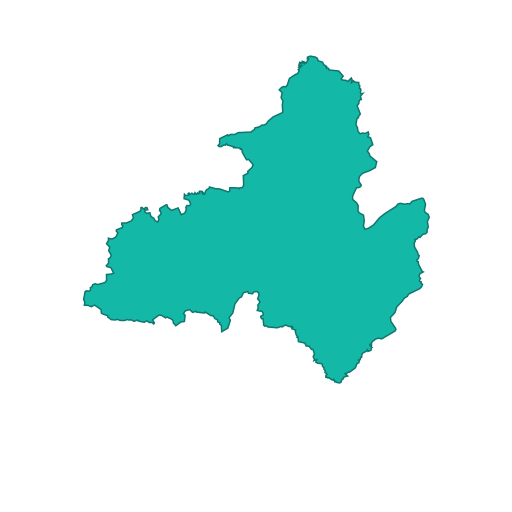 Kyaukme, Shan, Myanmar, rotated 242°
{"feature_id": "60261553B11251200769941", "entity_name": "Kyaukme", "entity_type": "district", "adm_level": 2, "iso_a3": "MMR", "parent_name": "Myanmar", "parent_adm1": "Shan", "projection": "natural_earth1", "projection_center": [97.145, 22.817], "detail": "fine", "context": "isolated", "style": "filled", "palette": "teal", "viewbox_px": 512, "rotation_deg": 242, "n_neighbors": 0, "source": "geoboundaries", "source_scale": "gbopen_adm2", "svg_char_len": 6151}
<svg xmlns="http://www.w3.org/2000/svg" viewBox="0 0 512 512"><g transform="rotate(242 256 256)"><path d="M293.1,81.3L291.3,84.5L288.5,86.8L288.5,90.4L281.4,94.1L278.5,92.7L277.3,93.0L272.9,97.0L271.6,96.5L267.8,98.3L265.5,101.8L265.3,103.7L262.9,105.8L260.9,109.3L260.2,112.8L258.8,114.1L258.4,115.7L255.6,117.7L255.1,121.3L253.8,121.6L249.9,126.3L250.2,129.0L247.3,130.6L246.5,132.6L244.0,133.8L244.7,134.9L248.2,134.7L249.4,142.6L247.7,144.9L243.8,147.1L244.0,148.6L240.3,151.5L238.2,152.5L235.8,151.6L232.1,152.4L233.0,158.6L231.8,162.0L236.9,165.6L239.0,165.0L240.6,167.0L240.5,169.5L239.6,172.4L236.0,173.5L235.4,176.9L234.4,177.1L229.8,183.8L230.4,184.9L224.8,188.0L223.0,190.3L220.0,190.3L217.8,192.0L215.7,191.3L214.1,192.8L213.1,192.0L211.0,192.8L205.3,190.2L205.5,197.2L211.2,203.1L214.2,203.3L216.6,208.8L223.6,214.9L226.8,221.5L226.7,224.0L229.5,227.6L228.5,232.0L226.6,231.9L224.3,235.2L225.3,237.1L224.3,240.1L221.9,241.0L219.8,240.0L217.4,237.3L213.6,238.0L211.7,234.5L209.4,233.7L207.3,231.5L204.2,235.3L202.2,235.5L200.5,234.6L200.6,232.0L199.5,231.4L197.9,231.6L197.2,232.8L191.3,230.3L189.9,230.8L189.8,232.2L187.8,233.1L182.6,241.1L182.1,244.9L181.1,245.7L181.3,249.5L178.0,252.3L177.2,254.6L175.9,255.0L176.0,253.6L174.7,253.6L172.0,256.3L171.1,255.3L167.4,254.5L165.4,255.0L165.1,254.0L164.2,254.8L160.5,253.3L156.2,258.2L152.9,258.1L151.5,260.4L147.4,261.2L146.8,262.4L142.2,261.7L140.2,259.2L137.1,259.0L136.4,258.1L136.0,261.0L134.2,259.0L132.4,260.1L129.9,263.7L127.3,263.0L125.3,263.6L124.3,262.9L121.7,263.3L120.9,262.2L118.4,263.3L117.8,261.7L116.1,260.7L115.3,262.1L114.4,262.3L114.3,263.4L111.3,264.6L110.3,265.8L110.7,266.6L107.7,266.6L107.9,267.5L106.6,267.8L104.7,270.1L104.6,271.7L106.7,274.0L106.5,275.2L107.9,276.9L107.0,280.6L110.9,279.1L109.6,280.5L110.2,282.8L109.5,284.1L110.6,291.2L113.7,294.8L113.4,296.5L115.1,298.3L115.9,297.8L115.7,299.3L116.9,300.4L117.1,301.9L118.0,302.0L120.1,304.4L120.2,309.0L120.9,310.2L119.2,310.1L118.8,313.2L120.5,314.5L120.7,315.5L121.6,315.2L122.9,316.0L123.0,314.7L124.2,314.8L124.6,315.3L123.6,316.1L125.7,318.1L126.5,322.7L126.1,325.4L123.8,328.1L124.5,343.6L125.4,345.0L126.7,345.3L135.1,344.4L138.7,345.9L140.8,352.2L145.0,356.4L147.5,364.1L149.2,367.2L149.3,370.7L150.7,372.7L150.3,385.3L151.1,387.8L152.8,389.7L154.4,389.0L155.7,389.7L156.9,388.5L158.0,388.9L158.9,390.7L161.7,390.4L163.4,392.3L163.4,396.2L164.4,395.5L172.2,395.6L174.9,396.6L175.6,395.7L176.8,396.0L177.6,398.2L179.7,400.3L181.1,399.7L183.2,400.4L189.7,400.2L193.4,401.9L194.5,403.9L196.0,404.0L195.4,406.0L196.5,408.9L195.4,409.5L196.8,413.4L196.0,416.3L196.8,418.4L198.9,419.3L200.8,421.8L205.9,423.4L208.9,427.2L212.1,427.5L215.1,425.8L217.1,426.0L222.1,430.0L227.3,430.7L228.8,430.3L229.4,428.8L231.0,419.5L229.8,416.3L231.2,414.2L231.8,411.8L234.8,408.1L235.2,405.7L234.0,402.9L232.9,389.2L231.7,382.8L228.2,374.3L227.7,368.2L228.4,364.8L232.0,364.9L236.2,368.1L241.6,370.1L245.8,367.3L248.1,367.3L252.3,369.8L255.7,369.8L260.6,367.9L263.7,369.6L269.0,376.7L268.0,379.7L268.5,381.6L269.2,382.2L273.9,381.9L277.5,384.4L279.0,388.7L278.0,396.5L278.1,402.9L282.6,406.9L290.9,403.5L293.0,404.1L296.4,403.6L299.1,408.0L299.4,411.4L306.7,412.6L308.8,410.7L310.5,412.8L312.9,413.3L312.8,410.1L314.4,408.1L315.2,405.2L318.3,404.6L321.7,405.8L325.1,405.9L329.8,409.5L330.1,411.5L331.1,411.9L332.3,414.7L341.4,415.9L342.3,418.4L343.7,419.0L345.2,421.4L344.8,422.5L348.1,423.2L349.4,426.6L349.8,425.0L351.3,424.8L353.2,426.5L354.6,426.8L355.3,426.0L357.7,427.6L358.8,427.1L361.0,428.2L362.8,425.2L365.0,424.2L363.7,421.0L366.6,423.6L368.4,423.7L367.0,419.1L368.9,417.8L370.9,414.8L372.4,414.4L373.9,417.4L380.5,415.9L386.0,407.8L387.5,408.2L388.8,407.1L388.5,406.6L390.0,406.5L390.3,407.3L393.2,405.6L395.8,405.8L399.3,402.5L401.6,403.0L403.7,401.9L407.0,397.8L407.4,394.8L406.3,394.1L406.3,394.9L405.5,395.0L402.8,390.9L404.2,390.0L403.1,388.9L404.6,388.4L405.3,389.1L406.2,388.2L404.2,386.3L405.0,385.3L405.8,386.2L406.5,385.5L403.9,383.1L402.4,385.4L402.4,382.7L401.7,383.4L400.7,380.7L399.4,381.1L398.0,379.3L397.4,377.1L397.8,376.4L397.1,368.9L392.3,363.9L391.4,361.8L392.7,359.9L392.9,358.0L391.8,354.5L387.9,355.8L384.2,352.6L380.2,352.5L377.0,350.1L370.6,347.3L370.2,346.1L370.8,336.7L369.4,330.2L367.8,326.9L368.0,324.0L368.9,322.7L368.4,320.0L369.6,315.1L368.5,314.2L367.8,309.7L373.3,298.2L373.3,294.2L375.3,290.7L375.1,288.0L376.3,287.9L376.7,279.1L371.9,276.3L371.4,274.3L369.8,274.9L368.9,276.7L369.1,279.9L368.2,281.0L368.9,282.7L367.4,282.9L363.4,287.1L362.2,287.0L362.3,288.3L361.6,288.1L359.0,292.3L357.8,293.1L357.6,292.4L355.9,293.7L354.4,292.6L346.4,292.7L345.3,292.9L344.8,294.8L338.1,296.3L336.1,294.2L334.6,288.4L332.9,287.9L332.9,282.5L324.6,278.5L322.7,276.2L323.8,273.9L323.3,272.8L324.5,272.1L328.3,265.6L328.5,264.7L325.8,263.5L325.7,261.5L332.2,255.5L334.4,251.9L338.8,247.3L337.6,246.1L337.8,243.9L337.1,242.1L334.6,239.5L336.0,238.0L336.9,238.0L336.7,239.1L338.3,238.8L339.7,236.7L339.3,235.8L338.0,235.9L337.9,234.4L339.1,234.1L338.5,232.3L340.6,231.8L339.4,230.6L340.3,229.3L341.6,228.9L341.2,226.3L343.1,226.4L343.0,225.4L342.0,225.5L341.6,224.5L342.5,222.2L344.1,221.8L340.4,219.4L336.8,223.0L333.1,222.8L331.9,222.0L331.8,220.7L333.0,218.7L331.9,216.9L329.6,216.2L327.4,213.4L327.5,209.4L335.0,209.8L335.9,202.8L340.4,200.9L343.0,201.4L343.4,200.5L343.1,193.5L341.3,192.1L340.8,192.7L337.8,192.1L336.5,188.1L333.8,187.4L332.2,185.1L334.5,183.5L337.2,183.5L340.2,181.8L344.1,182.6L344.9,179.7L346.8,178.6L348.7,179.1L347.6,182.1L349.6,182.5L350.7,181.3L350.0,179.1L352.5,178.0L352.6,177.0L351.1,176.4L349.9,174.3L350.5,166.3L347.2,165.7L345.5,162.3L346.0,157.0L348.1,153.0L346.5,152.1L345.2,152.6L343.9,151.4L344.6,145.0L343.5,144.3L341.2,144.9L338.5,141.1L338.6,136.7L341.0,134.0L339.2,133.3L337.0,129.8L332.5,131.0L329.8,128.4L324.7,128.6L322.9,126.4L322.8,124.4L318.9,122.5L317.8,119.3L316.7,119.3L313.9,122.4L307.7,122.3L308.1,119.4L309.9,115.3L304.5,112.6L303.5,110.1L305.1,102.8L307.0,101.1L307.3,98.3L305.8,96.7L305.8,94.9L303.6,93.9L303.4,91.9L304.9,90.0L304.7,88.3L298.5,83.4L295.4,83.1L293.1,81.3Z" fill="#14b8a6" stroke="#0f766e" stroke-width="1.5"/></g></svg>